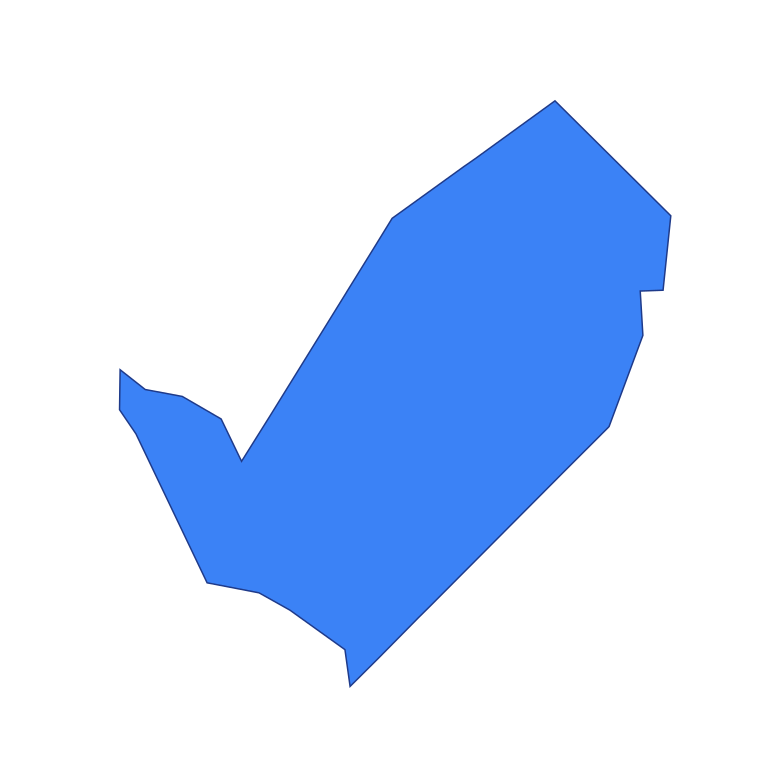 Rockdale, Georgia, United States of America (Albers equal-area conic projection), rotated 8°
{"feature_id": "52423323B37962982685185", "entity_name": "Rockdale", "entity_type": "district", "adm_level": 2, "iso_a3": "USA", "parent_name": "United States of America", "parent_adm1": "Georgia", "projection": "albers", "projection_center": [-84.038, 33.656], "detail": "fine", "context": "isolated", "style": "filled", "palette": "blue", "viewbox_px": 768, "rotation_deg": 8, "n_neighbors": 0, "source": "geoboundaries", "source_scale": "gbopen_adm2", "svg_char_len": 575}
<svg xmlns="http://www.w3.org/2000/svg" viewBox="0 0 768 768"><g transform="rotate(8 384 384)"><path d="M513.9,79.8L442.5,148.6L432.9,157.5L369.0,218.8L356.3,247.9L334.3,297.9L334.2,298.2L276.0,430.5L253.7,480.4L227.6,441.3L186.0,424.4L148.3,422.7L120.7,406.6L125.7,446.3L145.3,467.9L236.5,605.5L289.3,608.2L322.2,621.0L382.3,652.5L392.5,688.2L416.6,656.4L450.7,610.5L458.8,599.9L501.3,543.3L528.0,507.7L573.2,447.4L612.2,395.7L612.8,394.8L633.6,299.8L624.8,256.3L647.3,252.3L644.6,177.5L643.0,176.3L513.9,79.8Z" fill="#3b82f6" stroke="#1e3a8a" stroke-width="1.5"/></g></svg>